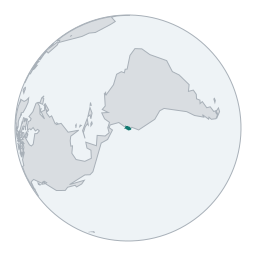 globe centered on Manabi, rotated 268°
{"feature_id": "ECU-1282", "entity_name": "Manabi", "entity_type": "Province", "adm_level": 1, "iso_a3": "ECU", "parent_name": "Ecuador", "parent_adm1": "", "projection": "orthographic", "projection_center": [-80.093, -0.733], "detail": "fine", "context": "on_globe", "style": "filled", "palette": "teal", "viewbox_px": 256, "rotation_deg": 268, "n_neighbors": 0, "source": "natural_earth", "source_scale": "10m", "svg_char_len": 7328}
<svg xmlns="http://www.w3.org/2000/svg" viewBox="0 0 256 256"><g transform="rotate(268 128 128)"><circle cx="128" cy="128" r="113" fill="#eef3f6" stroke="#a8b0b8"/><path d="M131.7,110.3L129.0,109.1L126.5,112.4L117.2,107.2L113.9,100.7L85.5,91.4L82.6,88.4L82.6,83.2L73.5,67.6L77.3,82.5L73.7,79.8L70.9,74.6L72.6,73.1L70.9,65.6L67.8,63.1L68.0,54.3L75.3,43.4L76.2,44.8L77.8,42.3L76.8,40.6L75.7,40.1L79.9,31.9L77.5,29.3L73.2,31.1L77.0,29.0L66.3,34.5L62.7,36.3L69.0,32.8L71.4,31.4L70.0,31.7L72.2,30.4L72.7,29.9L75.4,28.4L78.9,26.9L80.7,26.0L79.6,26.3L81.6,25.4L82.9,24.9L86.5,23.3L93.0,21.2L94.2,22.6L100.0,21.5L107.1,23.5L108.7,22.6L112.4,23.3L115.6,22.6L116.0,23.6L118.2,22.3L117.2,21.6L117.8,20.9L119.6,20.6L120.4,21.6L119.7,21.9L120.8,22.0L120.5,22.7L121.7,22.2L122.5,23.6L124.3,21.7L127.2,22.6L127.0,23.7L123.6,24.1L114.6,28.9L113.4,30.8L115.1,32.7L125.6,34.7L125.6,36.9L128.2,39.3L129.8,37.7L128.3,35.3L131.8,33.2L129.6,30.9L130.7,29.9L129.8,27.6L133.7,27.5L137.9,28.7L138.9,30.8L140.8,31.5L142.9,29.4L147.6,33.5L155.8,36.9L156.6,38.3L152.7,40.5L145.1,40.5L140.0,44.9L147.1,41.8L149.0,45.7L150.9,46.4L153.0,46.2L153.7,44.7L155.2,46.1L148.8,49.4L147.4,48.1L149.4,47.0L145.8,47.2L141.5,50.0L142.8,52.1L134.9,55.3L135.7,56.9L134.5,58.7L133.7,55.8L135.0,61.3L125.9,68.0L127.5,78.7L121.8,70.5L117.3,69.8L111.9,70.2L112.1,71.9L104.7,71.0L98.3,75.0L96.2,83.7L99.0,90.3L107.1,90.2L109.4,86.3L115.3,85.3L111.4,95.8L121.7,96.9L120.8,104.9L123.9,109.0L129.0,107.8L134.3,109.7L138.0,104.9L144.0,102.3L144.2,108.8L147.4,102.9L150.8,106.0L162.6,105.7L161.7,107.2L171.7,115.0L182.1,118.5L184.5,123.3L183.3,126.3L186.8,127.2L186.9,129.2L200.5,132.5L207.1,137.7L206.6,144.6L200.6,152.4L194.0,169.0L182.8,174.3L179.2,181.0L169.2,190.6L162.5,189.7L163.6,194.6L159.3,197.4L154.8,197.5L153.3,200.9L149.9,200.9L151.8,203.2L145.5,207.4L146.3,210.9L141.5,214.3L142.2,216.3L140.7,216.2L138.9,217.0L138.5,218.1L134.2,216.2L133.8,211.6L136.0,209.3L134.0,208.9L138.7,202.9L136.2,204.1L138.2,194.9L142.3,187.2L146.3,164.7L144.1,160.3L135.8,155.1L125.7,138.6L128.6,131.8L126.3,128.6L133.8,119.0L131.7,110.3ZM24.8,91.1L25.6,88.7L25.6,90.0L24.8,91.1ZM25.7,87.3L25.5,88.1L25.6,87.5L25.7,87.3ZM25.6,86.9L25.7,87.2L25.6,86.9ZM25.3,86.8L25.5,86.8L25.3,86.8ZM127.0,82.5L138.9,87.6L132.3,88.4L133.5,87.4L130.5,85.2L124.9,83.3L119.1,84.7L127.0,82.5ZM25.3,85.8L25.3,85.5L25.5,85.2L25.3,85.8ZM132.0,76.3L130.0,75.9L131.9,75.9L132.0,76.3ZM74.8,40.1L76.5,40.7L76.7,42.9L75.1,42.6L74.8,40.1ZM74.8,36.5L76.2,36.2L74.3,38.5L74.1,37.9L74.8,36.5ZM69.6,32.8L70.6,32.7L68.9,33.3L69.6,32.8ZM72.3,30.1L71.4,30.7L72.1,30.2L72.3,30.1ZM127.8,27.9L128.8,27.7L128.4,28.2L127.8,27.9ZM126.4,27.1L125.3,27.7L124.5,27.5L125.2,27.1L126.4,27.1ZM128.0,26.4L123.2,26.9L121.8,26.5L123.3,24.7L128.0,26.4ZM116.1,21.6L117.2,22.3L114.6,22.1L116.1,21.6ZM114.3,21.7L105.4,22.7L104.6,21.8L107.8,21.5L105.4,20.8L109.4,19.8L111.6,19.9L111.3,20.7L113.0,19.8L114.3,21.7ZM117.9,20.7L116.1,20.8L115.3,20.0L118.6,19.5L117.8,19.9L117.9,20.7ZM102.9,21.2L102.9,20.6L106.1,19.6L106.5,19.3L109.4,19.7L102.9,21.2ZM118.9,19.9L120.3,19.3L122.3,19.4L119.5,20.4L118.9,19.9ZM113.7,20.0L113.5,19.7L114.7,19.7L113.7,20.0ZM130.2,20.0L128.2,20.0L127.6,19.5L130.2,20.0ZM120.7,19.0L120.0,19.0L119.6,18.9L120.9,18.5L120.7,19.0ZM111.5,19.0L112.8,18.8L110.5,18.8L112.8,18.2L114.3,18.7L114.6,18.2L115.3,18.1L115.8,18.6L111.5,19.0ZM120.8,17.9L123.6,18.5L127.5,18.5L128.1,18.9L121.7,18.9L120.8,17.9ZM117.8,18.2L119.8,18.1L119.6,18.5L118.1,18.9L117.8,18.2ZM113.8,17.7L109.9,18.5L109.6,18.4L113.8,17.7ZM122.0,17.7L121.3,17.6L122.3,17.7L122.0,17.7ZM116.4,17.6L115.0,17.8L114.8,17.7L116.4,17.6ZM121.1,17.2L122.0,17.4L121.0,17.6L121.1,17.2ZM119.0,17.3L119.0,17.1L120.1,17.6L118.4,17.4L119.0,17.3ZM116.4,17.4L115.9,17.4L117.0,17.3L116.4,17.4ZM124.3,16.5L125.9,17.0L123.7,17.5L122.5,16.8L124.3,16.5ZM141.2,220.1L134.4,216.9L138.3,218.4L141.6,216.7L144.9,219.1L141.2,220.1ZM150.5,215.7L154.0,214.8L154.6,215.4L152.4,216.2L150.5,215.7ZM208.8,49.5L208.5,49.2L209.7,51.0L216.4,60.5L216.0,61.6L213.3,60.1L205.7,50.8L207.4,49.5L204.8,46.8L200.0,43.2L200.9,43.3L199.2,41.8L199.4,41.4L195.4,37.9L194.9,37.4L189.1,33.4L196.0,38.2L202.6,43.6L208.8,49.5ZM185.7,31.3L186.5,31.8L180.7,28.5L176.6,26.4L185.7,31.3ZM240.5,134.0L240.6,130.2L240.5,122.0L240.2,118.6L240.1,119.5L239.4,115.6L239.1,115.5L234.9,119.0L232.0,114.0L224.6,98.7L224.2,92.4L221.2,85.4L215.9,61.9L218.0,62.9L217.6,59.7L222.2,66.2L226.3,73.0L229.9,80.0L233.0,87.3L235.6,94.8L237.7,102.5L239.2,110.3L240.2,118.1L240.6,126.1L240.5,134.0ZM221.5,73.3L222.6,75.3L221.5,73.3ZM163.0,105.6L164.4,106.9L162.5,106.9L163.0,105.6ZM131.5,91.0L134.0,91.1L135.3,92.0L133.4,92.4L131.5,91.0ZM152.0,90.9L154.8,91.4L151.9,92.0L152.0,90.9ZM140.7,88.3L149.8,90.7L144.2,92.6L138.5,91.2L142.4,90.6L140.7,88.3ZM131.0,79.8L132.6,80.3L132.2,81.4L131.0,79.8ZM133.4,76.3L132.8,76.4L132.0,75.5L133.4,76.3ZM149.3,45.5L149.9,45.3L152.1,45.4L151.2,46.1L149.3,45.5ZM161.1,42.8L163.1,45.2L161.0,43.8L160.2,44.9L154.7,43.5L156.7,38.9L156.7,41.1L161.1,42.8ZM147.9,40.9L151.1,42.0L147.5,41.0L147.9,40.9ZM189.4,35.3L190.9,36.0L193.0,37.6L193.5,39.2L190.6,36.7L189.4,35.3ZM192.6,36.7L185.8,32.5L185.1,31.7L186.6,32.8L186.9,32.7L189.4,34.5L195.5,38.2L197.7,40.0L197.5,41.3L196.3,39.7L194.9,39.0L192.6,36.7ZM169.4,26.1L166.5,25.1L169.0,24.5L171.4,25.6L172.1,26.9L169.6,26.5L169.4,26.1ZM131.7,23.4L130.4,23.7L130.1,23.3L131.1,22.8L131.7,23.4ZM129.3,20.0L137.1,22.2L136.0,22.5L141.9,23.9L141.3,25.3L137.5,24.3L141.4,26.7L137.8,26.4L140.8,28.0L132.4,25.6L129.3,25.7L133.0,25.0L133.6,23.6L133.0,23.0L128.8,21.6L122.4,21.4L122.0,20.3L123.4,19.6L124.9,19.4L124.7,20.1L126.8,19.5L127.6,20.4L129.3,20.0ZM140.3,16.2L139.4,16.3L143.8,16.6L144.7,16.9L145.1,16.9L147.1,17.4L150.3,18.1L150.2,18.2L151.5,18.5L152.8,18.9L154.6,19.4L155.0,19.9L157.2,20.5L156.1,20.4L159.7,21.5L157.2,21.0L158.7,21.7L160.4,21.8L158.2,25.1L159.3,27.4L161.6,29.8L156.9,29.0L151.8,26.5L147.2,23.7L146.9,21.8L144.8,22.0L144.1,21.2L146.0,21.4L142.6,20.7L142.4,20.1L138.3,18.6L133.5,18.3L131.8,17.9L133.7,17.8L130.8,17.5L133.1,17.0L132.0,16.8L133.3,16.3L137.5,16.4L135.9,16.1L136.8,15.9L140.3,16.2ZM124.8,16.3L129.7,16.0L132.5,16.1L129.2,17.1L129.8,17.3L127.8,18.3L123.7,18.2L124.7,17.9L124.6,17.6L125.9,17.7L124.9,17.4L126.2,17.0L125.7,16.8L127.4,16.7L124.8,16.3ZM215.3,56.8L213.0,54.1L212.7,53.8L213.1,54.2L215.3,56.8ZM212.2,53.2L212.5,53.5L211.3,52.2L210.6,51.4L212.2,53.2Z" fill="#d9dde1" stroke="#a8b0b8" stroke-width="1"/><path d="M126.6,129.9L126.5,129.7L126.7,129.4L126.7,129.2L126.4,128.8L126.4,128.7L126.5,128.5L126.6,128.4L126.8,128.4L127.0,128.4L127.1,128.2L127.2,127.9L127.3,127.8L127.3,127.7L127.4,127.8L127.5,127.9L127.4,127.8L127.4,127.7L127.3,127.4L127.2,127.4L127.3,127.3L127.3,127.2L127.5,127.0L127.5,126.9L127.8,126.7L128.0,126.5L128.1,126.4L128.1,126.2L128.1,125.9L128.2,126.0L128.3,126.0L128.4,125.9L128.5,125.9L128.8,125.8L128.7,125.9L128.7,126.0L128.8,126.0L128.9,126.3L129.0,126.3L128.9,126.4L128.9,126.5L129.0,126.6L129.1,126.8L129.3,126.9L129.3,127.0L129.3,127.3L129.3,127.5L129.2,127.6L129.2,127.8L129.0,128.0L128.9,128.2L128.8,128.3L128.7,128.3L128.6,128.5L128.4,128.8L128.2,128.8L128.2,128.7L128.2,128.8L128.1,129.0L127.9,129.2L127.9,129.3L127.8,129.5L127.7,129.6L127.7,129.8L127.8,129.8L127.7,129.9L127.4,130.0L127.2,130.2L127.1,129.9L126.9,129.8L126.7,129.8L126.6,129.9Z" fill="#14b8a6" stroke="#0f766e" stroke-width="1.5"/></g></svg>